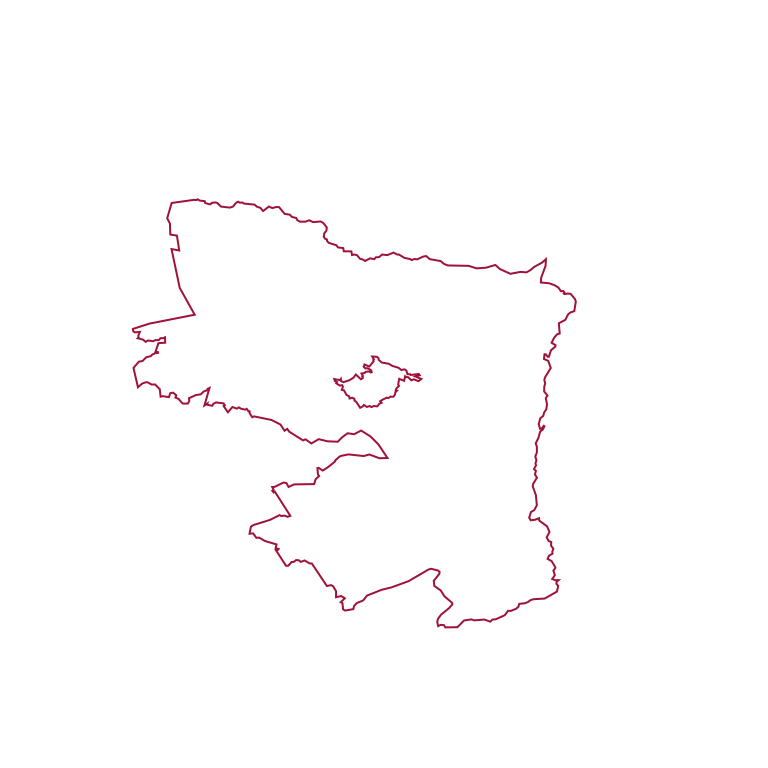 outline of Simalungun, Sumatera Utara, Indonesia, rotated 236°
{"feature_id": "22746128B18371020983209", "entity_name": "Simalungun", "entity_type": "district", "adm_level": 2, "iso_a3": "IDN", "parent_name": "Indonesia", "parent_adm1": "Sumatera Utara", "projection": "robinson", "projection_center": [99.096, 2.951], "detail": "fine", "context": "isolated", "style": "outline", "palette": "rose", "viewbox_px": 768, "rotation_deg": 236, "n_neighbors": 0, "source": "geoboundaries", "source_scale": "gbopen_adm2", "svg_char_len": 6167}
<svg xmlns="http://www.w3.org/2000/svg" viewBox="0 0 768 768"><g transform="rotate(236 384 384)"><path d="M642.9,329.5L652.8,309.2L642.7,297.0L636.6,296.2L627.4,290.4L622.8,295.3L609.2,288.9L614.7,283.3L577.9,268.4L547.3,265.8L565.2,223.4L570.1,206.6L568.0,205.6L566.1,206.3L563.7,210.7L561.3,207.1L559.9,206.7L559.7,205.4L555.6,209.0L552.2,210.0L552.1,212.6L548.6,216.5L548.1,219.3L546.3,222.0L547.0,224.3L545.4,226.6L545.2,228.5L540.6,225.7L544.0,219.8L538.3,212.3L537.0,214.4L536.2,214.1L537.5,211.5L538.0,208.2L537.5,206.2L539.1,201.8L538.1,196.7L539.6,193.2L537.4,185.3L518.9,178.2L519.6,183.6L518.6,187.7L517.2,189.2L513.5,191.0L511.6,194.0L505.1,195.2L498.4,191.7L497.6,193.8L493.4,198.3L495.9,201.7L494.8,204.3L490.8,205.5L489.4,203.5L486.6,205.3L480.7,206.1L479.8,206.9L477.5,210.5L478.8,213.1L481.3,214.4L480.0,221.9L477.9,226.3L478.6,230.3L477.7,234.0L478.6,235.0L478.3,237.1L466.6,223.1L466.6,226.7L465.8,225.7L462.0,229.4L463.0,231.5L462.6,234.5L457.6,240.2L455.4,240.1L455.4,238.7L447.8,238.8L449.7,245.5L445.9,248.2L445.8,250.6L443.7,251.5L440.4,254.5L440.2,256.3L437.1,256.3L436.6,257.3L434.6,256.2L430.1,256.2L429.8,258.2L417.1,270.6L408.3,275.5L400.9,275.4L400.9,278.7L397.6,278.7L383.5,284.9L382.5,285.4L382.0,288.0L375.3,290.5L374.8,299.0L368.1,305.1L362.0,313.4L363.2,319.3L363.5,326.3L359.1,331.1L358.2,339.0L348.0,343.5L337.1,345.6L320.7,345.5L325.0,338.7L333.8,332.4L335.6,326.9L345.5,315.2L348.3,308.6L348.7,306.5L347.9,300.7L347.2,300.3L346.4,291.5L346.5,284.8L350.9,283.0L351.5,281.8L346.1,278.7L343.9,278.7L343.4,274.2L340.1,270.1L351.1,253.2L352.0,247.3L356.5,247.7L358.5,245.6L359.9,235.7L361.1,233.7L357.8,233.3L357.9,231.7L355.8,231.9L355.5,233.3L327.1,232.6L327.8,229.8L330.5,228.0L332.0,225.0L333.7,224.1L335.1,213.4L340.1,196.9L340.1,193.9L335.1,188.8L333.4,191.9L327.8,192.2L326.5,194.6L320.4,197.5L311.1,205.2L308.2,202.2L306.3,204.4L305.8,203.7L306.8,201.5L288.1,201.1L286.9,203.0L288.1,207.9L287.0,209.6L287.2,212.7L285.5,214.8L283.1,215.5L282.1,219.5L276.9,222.0L275.5,223.8L248.5,223.7L246.8,227.7L244.9,228.7L239.0,228.4L234.1,225.0L232.2,229.9L228.3,231.7L227.3,226.1L225.6,227.0L220.1,224.1L218.0,225.0L214.5,232.7L216.7,235.0L217.6,238.8L216.2,245.7L218.1,251.6L214.7,267.0L211.2,276.5L206.8,294.2L205.3,317.3L204.5,319.7L199.4,324.3L197.4,325.1L195.7,323.8L193.0,315.2L188.4,312.8L181.1,315.6L174.2,315.4L164.4,318.1L163.1,317.4L161.8,312.6L160.9,302.4L159.2,297.6L157.2,295.2L153.0,293.5L152.6,296.4L150.6,298.8L147.9,298.8L141.3,308.9L143.2,318.1L139.9,324.9L137.6,326.6L132.6,335.5L127.5,339.2L128.1,342.1L126.5,345.0L124.8,354.8L126.6,360.0L125.0,362.2L123.8,367.8L124.2,370.8L126.1,373.2L123.5,378.1L122.7,381.6L122.9,384.7L121.9,387.7L116.3,397.2L115.2,411.3L119.2,415.5L122.0,415.2L123.5,416.6L123.8,419.0L125.6,416.2L128.3,414.4L129.9,418.7L134.6,420.1L135.6,423.1L136.4,423.6L143.5,423.9L147.5,421.8L149.4,424.7L149.1,428.8L150.9,429.8L152.7,432.3L156.5,432.1L159.5,434.3L161.7,432.7L165.9,433.1L168.7,438.4L174.8,439.6L183.9,436.3L186.0,437.5L187.0,433.3L189.0,429.4L192.0,429.6L195.7,434.3L195.4,438.0L198.0,442.9L207.0,447.8L215.8,450.0L217.7,451.6L220.8,458.4L224.6,458.6L227.0,461.3L229.7,460.8L231.5,464.5L233.5,465.2L235.5,467.7L239.3,468.9L241.8,472.5L246.6,475.7L250.0,476.6L252.8,481.6L257.3,487.0L257.4,490.1L259.3,493.4L260.0,493.1L258.9,489.8L259.6,488.3L264.3,489.9L268.2,494.4L268.5,498.1L270.8,500.8L272.3,504.4L275.9,507.7L281.9,510.3L283.0,513.1L288.2,512.6L292.1,515.3L294.3,517.9L297.8,519.2L299.6,521.5L304.0,531.2L311.3,533.1L315.3,530.6L318.9,533.7L318.0,534.8L315.2,534.9L314.4,535.9L318.6,541.3L319.2,547.0L320.3,547.9L324.5,546.0L327.3,551.1L328.4,555.4L327.6,557.9L336.6,562.9L335.8,570.2L338.7,575.4L339.1,578.2L338.0,582.5L345.2,589.2L347.6,589.8L354.2,589.2L356.1,587.2L357.6,583.9L358.4,583.7L358.5,584.7L360.8,584.7L361.9,582.6L366.4,582.5L370.8,580.5L375.3,577.1L380.4,570.8L384.1,573.6L391.7,584.1L396.9,588.0L396.3,582.7L397.1,573.6L396.5,569.3L396.9,564.5L400.6,559.9L404.7,550.4L414.4,544.4L420.4,542.9L423.4,533.6L428.2,525.3L434.6,520.3L446.6,503.2L450.0,500.9L454.2,499.7L461.9,491.8L466.5,490.5L467.7,487.8L468.8,481.2L470.8,478.9L471.1,476.3L472.8,475.7L477.2,471.4L483.0,468.8L483.8,467.4L487.6,465.4L489.0,458.8L492.4,454.8L491.9,450.9L493.6,448.1L492.9,445.8L496.0,442.7L496.6,437.1L499.2,436.0L501.0,434.2L506.0,433.6L508.1,431.6L508.8,429.6L512.2,431.1L516.5,424.9L519.5,426.2L523.0,422.2L525.7,422.1L531.9,417.1L534.4,416.8L535.8,417.5L537.4,416.4L539.8,416.4L542.4,418.9L543.3,422.0L545.8,424.1L551.5,423.7L554.2,422.3L557.8,415.8L561.5,413.6L562.5,409.6L565.6,405.1L568.2,403.8L570.8,404.0L574.0,401.1L577.1,400.6L580.5,396.8L589.3,395.9L591.0,393.6L592.3,389.8L595.5,387.8L595.0,380.5L599.2,380.0L602.0,377.8L605.1,377.0L611.9,368.8L613.6,368.1L615.0,365.8L616.8,364.9L616.9,362.3L615.5,358.2L616.4,354.9L622.2,348.1L627.3,347.0L628.6,346.0L630.5,342.6L630.0,340.8L631.0,339.4L634.1,337.0L635.9,337.6L639.0,333.9L641.4,332.7L641.4,331.4L642.9,329.5ZM411.3,344.8L411.9,346.1L413.8,345.0L415.9,345.5L411.8,349.7L412.3,351.0L410.5,350.0L408.2,351.4L406.5,357.4L406.3,362.1L407.6,366.0L400.8,367.5L400.8,369.8L402.4,370.2L402.4,371.0L405.3,371.2L404.0,374.2L404.3,375.8L402.6,378.9L401.1,379.3L400.7,380.4L402.2,381.0L404.1,380.4L406.6,378.8L407.3,377.3L409.6,376.8L411.1,378.7L406.7,381.6L407.8,385.3L408.6,388.1L409.9,388.4L410.1,389.4L413.4,389.6L410.5,393.3L408.5,393.9L407.0,393.1L403.1,394.1L398.1,399.3L394.2,401.1L389.4,405.1L385.8,406.2L384.9,408.9L383.8,409.7L382.3,410.0L379.0,408.9L377.5,411.1L376.6,411.1L372.9,418.4L371.3,418.5L372.7,414.2L367.3,417.8L367.1,414.1L371.3,411.3L371.8,408.7L376.2,407.8L377.3,406.2L378.6,405.8L375.4,402.4L379.8,399.5L375.6,395.4L374.0,395.4L373.5,392.0L372.4,390.3L371.2,391.1L370.9,388.9L369.1,387.2L368.2,384.7L369.8,382.3L369.9,383.0L369.9,379.7L371.2,378.5L371.8,373.7L371.9,371.2L369.8,371.5L370.2,369.1L369.2,365.9L371.4,363.3L371.9,360.6L373.7,359.9L374.5,357.0L377.9,355.6L377.3,354.0L377.6,350.9L384.8,351.0L386.8,350.2L388.4,351.2L390.5,349.8L391.2,347.4L393.2,348.2L396.0,346.8L401.1,347.3L402.7,345.7L404.7,348.4L406.4,348.7L407.4,346.5L411.3,344.8Z" fill="none" stroke="#9f1239" stroke-width="2"/></g></svg>